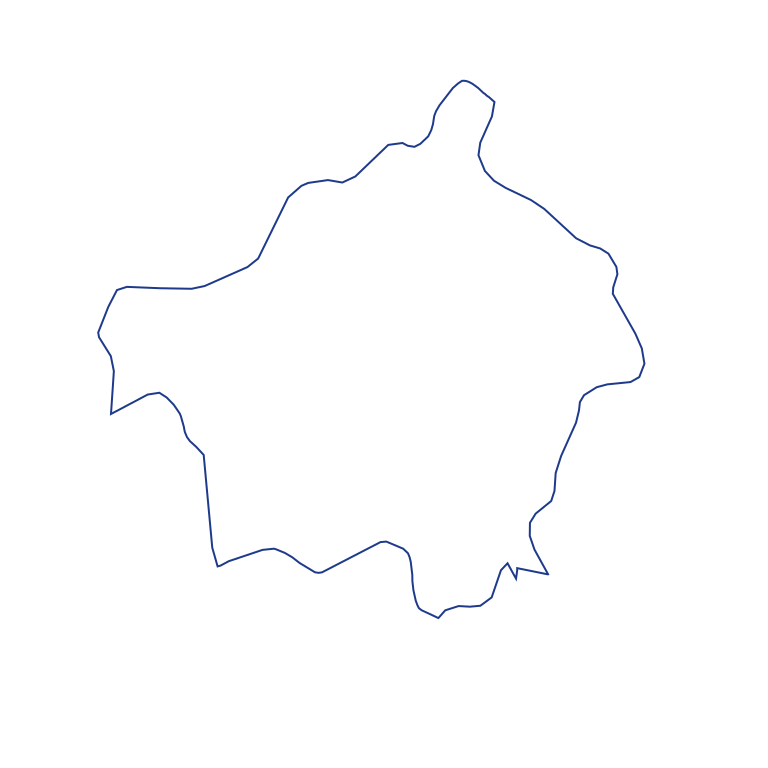 Chiquimula, Mercator projection, rotated 335°
{"feature_id": "GTM-1960", "entity_name": "Chiquimula", "entity_type": "Department", "adm_level": 1, "iso_a3": "GTM", "parent_name": "Guatemala", "parent_adm1": "", "projection": "mercator", "projection_center": [-89.408, 14.682], "detail": "fine", "context": "isolated", "style": "outline", "palette": "blue", "viewbox_px": 768, "rotation_deg": 335, "n_neighbors": 0, "source": "natural_earth", "source_scale": "10m", "svg_char_len": 1798}
<svg xmlns="http://www.w3.org/2000/svg" viewBox="0 0 768 768"><g transform="rotate(335 384 384)"><path d="M452.3,625.8L452.1,625.8L426.9,607.2L425.9,609.3L421.4,616.2L420.2,598.7L411.3,602.2L391.4,622.9L377.6,625.7L367.7,622.1L357.8,616.8L343.9,615.0L334.4,619.1L334.0,618.7L322.6,605.1L321.6,603.3L320.9,601.9L320.8,598.7L321.2,593.8L323.5,583.4L326.4,574.7L329.0,568.9L333.1,556.4L334.0,551.7L334.2,547.6L331.8,541.4L319.5,527.8L314.0,525.8L248.2,528.5L244.9,527.5L241.9,525.5L231.9,510.6L227.7,502.4L222.7,495.1L216.6,488.5L214.8,486.8L203.8,483.0L168.5,479.0L159.1,479.5L156.1,479.0L159.2,459.7L190.6,372.1L187.2,361.5L184.0,353.9L183.0,348.9L183.2,343.5L183.8,340.8L184.5,338.3L186.3,327.3L186.4,324.4L184.7,314.0L181.3,304.3L176.7,297.0L165.4,293.7L123.9,295.8L144.6,258.2L148.2,243.3L145.5,221.2L146.7,216.6L166.7,197.6L181.7,186.0L192.0,187.3L221.8,202.7L249.9,216.4L262.8,219.4L309.7,220.3L323.0,217.1L376.0,174.4L392.9,169.5L400.2,169.7L419.4,175.5L431.4,183.8L445.7,183.8L488.9,169.1L502.6,173.4L506.2,178.1L511.8,181.9L518.4,181.7L528.8,178.2L534.2,173.8L538.2,169.2L542.8,162.3L546.4,158.8L552.2,154.8L571.6,144.8L578.2,142.9L582.9,142.2L585.1,143.2L586.8,144.4L588.3,145.8L589.7,147.5L591.1,149.4L594.5,155.6L597.0,162.0L598.2,164.0L599.0,166.1L600.3,168.2L603.0,174.4L603.3,175.1L594.9,187.1L573.2,206.0L566.3,216.6L565.5,233.6L569.6,246.3L577.3,257.9L594.9,279.3L603.2,293.0L619.7,333.1L629.2,345.4L637.2,352.5L641.0,358.4L642.5,360.7L644.1,376.1L641.9,383.2L632.6,393.3L629.5,399.0L633.1,444.7L632.7,460.7L628.6,475.7L618.3,485.6L608.2,486.4L586.2,478.7L575.4,476.8L560.5,478.7L553.9,483.2L549.6,490.3L541.7,500.2L514.2,524.0L502.0,537.2L493.3,553.0L486.1,560.7L466.6,565.6L457.6,571.5L451.9,583.3L450.4,597.7L452.3,625.8Z" fill="none" stroke="#1e3a8a" stroke-width="2"/></g></svg>